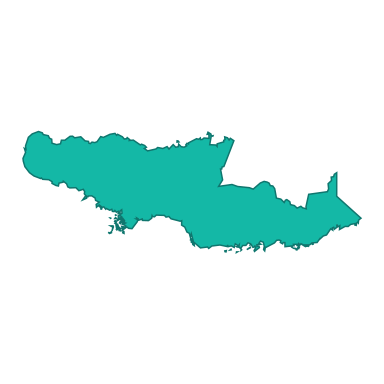 Kandrian/Gloucester District, West New Britain, Papua New Guinea
{"feature_id": "67681753B75341820849490", "entity_name": "Kandrian/Gloucester District", "entity_type": "district", "adm_level": 2, "iso_a3": "PNG", "parent_name": "Papua New Guinea", "parent_adm1": "West New Britain", "projection": "albers", "projection_center": [149.495, -5.876], "detail": "fine", "context": "isolated", "style": "filled", "palette": "teal", "viewbox_px": 384, "rotation_deg": 0, "n_neighbors": 0, "source": "geoboundaries", "source_scale": "gbopen_adm2", "svg_char_len": 6105}
<svg xmlns="http://www.w3.org/2000/svg" viewBox="0 0 384 384"><path d="M233.9,140.7L230.3,138.3L229.1,140.0L227.5,137.8L224.7,136.9L225.0,139.6L223.7,140.4L223.7,141.9L217.2,143.8L217.1,146.4L215.9,145.0L209.7,144.7L211.3,135.8L210.9,134.0L208.0,132.2L207.2,134.3L208.9,134.1L209.0,138.4L204.0,138.0L202.2,139.5L200.5,139.6L200.3,138.0L198.5,139.3L196.6,138.7L188.6,142.8L188.5,143.9L187.0,143.3L185.8,144.9L186.7,145.8L184.2,147.2L181.2,146.7L178.7,144.2L178.3,146.7L175.7,147.2L173.2,144.6L169.0,149.0L167.1,146.6L162.9,148.5L157.7,147.5L155.9,149.0L147.6,150.9L144.3,148.5L146.4,147.3L144.7,145.5L141.5,144.2L140.3,144.9L133.3,140.1L129.3,140.5L129.7,139.6L127.2,137.6L126.5,138.7L124.3,139.0L122.4,136.8L117.6,134.3L116.6,135.3L115.0,133.4L110.0,134.3L103.4,137.4L100.7,136.6L97.1,141.7L94.8,142.6L92.0,142.1L90.3,143.6L88.9,143.2L88.5,141.4L85.1,140.9L80.8,136.8L74.7,137.8L72.6,136.2L70.1,136.3L64.9,140.2L61.4,140.2L60.5,143.8L56.6,144.6L52.0,143.2L51.7,139.2L49.5,138.2L48.3,135.7L43.3,134.6L42.3,132.8L38.5,131.5L32.2,133.9L28.4,137.3L25.5,146.0L26.0,149.4L24.4,148.4L25.6,152.4L23.0,158.4L23.3,161.2L24.9,166.7L29.5,172.7L34.0,176.0L40.6,178.5L41.4,178.0L42.6,179.3L48.8,179.7L52.1,181.7L52.0,183.4L56.0,185.5L58.4,186.0L59.0,183.1L63.1,182.2L63.3,181.2L66.6,183.8L67.8,186.9L69.8,187.9L75.9,187.7L78.9,190.7L83.3,189.3L84.7,191.7L84.3,193.8L85.8,195.6L82.7,199.9L86.6,198.2L86.6,196.1L87.9,196.8L88.4,196.0L91.7,195.8L95.1,198.0L95.6,200.4L99.2,202.1L96.2,204.4L96.5,207.2L99.2,204.9L102.2,207.3L103.8,206.9L105.7,209.2L106.3,208.5L109.8,210.2L111.8,209.3L112.4,211.4L114.1,211.6L114.9,210.5L116.3,212.2L118.4,211.3L118.8,212.7L117.6,213.6L120.0,213.1L120.2,210.8L121.7,209.7L122.0,213.3L119.5,214.9L120.6,215.9L118.3,215.4L118.2,217.3L119.0,218.3L121.1,217.4L122.7,218.2L124.6,220.7L123.9,222.5L125.5,223.0L122.6,224.3L125.6,225.6L124.4,227.9L123.2,228.2L123.5,226.8L121.7,226.4L122.6,230.0L126.8,227.0L128.6,228.3L132.0,228.7L137.2,221.8L137.7,219.7L136.1,218.9L137.1,218.8L136.8,218.0L138.3,218.9L138.5,220.3L142.2,219.0L142.4,220.4L148.5,220.6L151.7,218.2L152.1,215.7L152.6,216.6L154.5,216.8L156.3,215.1L164.4,215.4L166.0,217.1L168.9,216.5L171.0,218.8L180.2,221.2L181.7,220.7L181.6,225.1L184.8,227.1L186.9,232.0L189.3,233.3L190.4,237.3L191.3,233.8L193.5,241.9L200.5,247.9L207.6,247.0L208.7,248.4L211.9,246.0L219.9,245.0L227.5,246.6L227.5,244.9L228.3,246.6L231.3,245.9L234.2,247.4L235.3,243.8L238.4,245.8L239.2,244.8L238.9,247.1L240.6,248.5L242.7,245.5L245.9,245.4L248.0,242.8L250.5,243.7L250.1,245.0L251.3,244.7L252.9,247.3L254.7,246.9L254.7,245.4L255.7,247.7L254.1,250.4L254.5,251.4L259.4,247.6L259.0,246.2L257.0,246.3L256.9,244.7L260.8,244.2L259.0,243.2L260.5,241.1L263.3,242.2L264.4,246.8L265.9,247.4L274.5,242.9L276.6,240.3L279.1,240.0L280.8,240.7L280.3,242.5L282.6,243.8L283.2,242.5L284.9,242.6L285.0,246.7L294.0,245.7L293.4,244.4L296.3,244.3L297.0,245.3L298.6,243.4L299.4,244.5L297.9,245.7L298.6,246.7L301.0,243.7L303.5,244.9L309.6,244.9L312.0,242.9L317.1,242.5L320.4,237.9L320.2,238.8L323.4,235.9L326.5,235.0L330.7,228.8L332.7,230.1L332.3,227.9L333.7,227.3L334.4,229.2L336.9,227.3L336.8,224.5L338.1,226.7L339.8,225.7L339.5,229.5L345.1,226.4L348.1,226.5L350.7,224.4L355.5,223.5L354.9,225.0L356.2,225.4L356.7,223.0L357.6,222.2L358.3,223.0L358.6,220.1L361.0,218.2L336.7,196.3L336.7,172.7L334.3,174.3L333.6,176.7L331.2,177.1L331.5,180.5L328.1,183.7L328.6,188.9L327.4,191.7L308.7,194.3L306.0,206.6L306.3,208.8L302.6,207.8L300.9,206.3L297.1,208.1L294.4,205.6L290.5,204.6L289.8,201.7L286.8,199.6L285.4,200.2L284.2,202.5L280.8,199.1L276.4,198.1L274.7,188.7L272.8,186.0L270.3,185.6L269.1,183.1L267.2,182.1L264.1,181.4L260.3,183.0L253.2,189.1L249.4,187.7L237.7,186.5L232.0,184.5L218.6,186.4L222.6,179.9L220.5,169.0L221.7,169.0L222.1,167.0L223.9,166.5L233.9,140.7ZM121.0,218.6L118.6,218.7L118.5,219.8L119.7,219.2L121.9,220.8L123.1,220.2L121.0,218.6ZM113.1,225.9L110.6,225.9L112.9,227.2L112.0,230.9L113.4,226.9L113.1,225.9ZM264.7,250.9L265.2,248.2L264.0,247.6L263.6,249.6L264.7,250.9ZM246.8,249.6L250.4,247.7L250.2,247.2L246.8,249.6ZM305.4,246.6L306.3,245.9L305.7,245.3L303.1,245.2L305.4,246.6ZM194.3,245.6L194.1,244.2L192.6,242.9L192.8,244.5L194.3,245.6ZM124.0,233.4L123.9,231.5L123.1,231.1L122.7,232.8L124.0,233.4ZM120.2,221.6L119.5,222.9L120.4,223.6L121.3,222.0L120.2,221.6ZM118.4,226.3L117.6,224.3L116.4,225.0L118.4,226.3ZM101.3,207.9L99.6,205.8L99.0,206.2L101.3,207.9ZM120.7,228.7L119.0,227.2L118.1,226.7L119.6,229.1L120.7,228.7ZM111.5,232.7L111.5,231.6L110.1,232.9L108.2,232.4L109.6,233.5L111.5,232.7ZM177.1,140.8L177.0,142.1L178.9,141.9L178.2,141.0L177.1,140.8ZM226.0,251.9L226.3,250.6L224.8,250.9L225.0,251.7L226.0,251.9ZM121.6,231.1L119.3,229.7L119.1,230.5L121.6,231.1ZM299.3,247.4L298.0,247.4L297.3,248.3L298.7,248.7L299.3,247.4ZM191.6,240.3L191.7,239.0L190.7,238.6L190.5,240.0L191.6,240.3ZM192.2,242.7L192.7,241.7L191.5,240.9L191.2,242.0L192.2,242.7ZM117.2,228.9L118.0,228.1L116.8,228.5L117.0,229.8L118.6,228.7L117.2,228.9ZM114.8,218.5L116.6,218.5L115.5,217.6L114.8,218.5ZM123.3,221.9L124.2,220.8L124.1,220.4L122.3,221.2L123.3,221.9ZM116.3,221.3L115.1,220.6L114.6,221.5L115.2,221.9L116.3,221.3ZM295.5,248.4L292.9,248.1L295.7,248.8L295.5,248.4ZM101.8,208.4L100.3,209.0L101.6,209.1L101.8,208.4ZM122.7,223.6L123.5,222.9L123.0,222.2L122.1,222.9L122.7,223.6ZM116.5,228.0L117.3,227.1L116.2,226.3L116.5,228.0ZM115.8,223.9L116.4,223.0L116.1,222.6L115.0,223.3L115.8,223.9ZM238.1,247.1L237.9,246.2L236.5,246.6L237.0,247.0L238.1,247.1ZM236.4,252.5L237.4,251.9L236.5,251.9L236.4,252.5ZM296.3,249.9L297.7,249.7L296.0,249.3L296.3,249.9ZM230.1,250.0L231.2,249.8L231.0,249.2L230.1,250.0ZM114.9,215.4L116.0,215.2L115.8,214.8L114.9,215.4ZM292.4,247.5L291.8,246.3L291.3,246.2L291.5,247.0L292.4,247.5ZM241.7,249.8L241.1,248.9L241.0,250.4L241.7,249.8ZM312.6,244.4L313.8,243.8L312.3,244.2L312.6,244.4ZM117.2,220.6L117.9,220.3L117.3,219.6L117.2,220.6ZM213.0,135.7L212.0,135.9L212.8,136.2L213.0,135.7ZM110.6,218.4L111.3,218.1L110.2,218.0L110.6,218.4ZM305.9,246.4L307.3,246.2L307.5,245.9L305.9,246.4ZM308.3,246.3L309.1,245.8L308.1,246.0L308.3,246.3Z" fill="#14b8a6" stroke="#0f766e" stroke-width="1.5"/></svg>